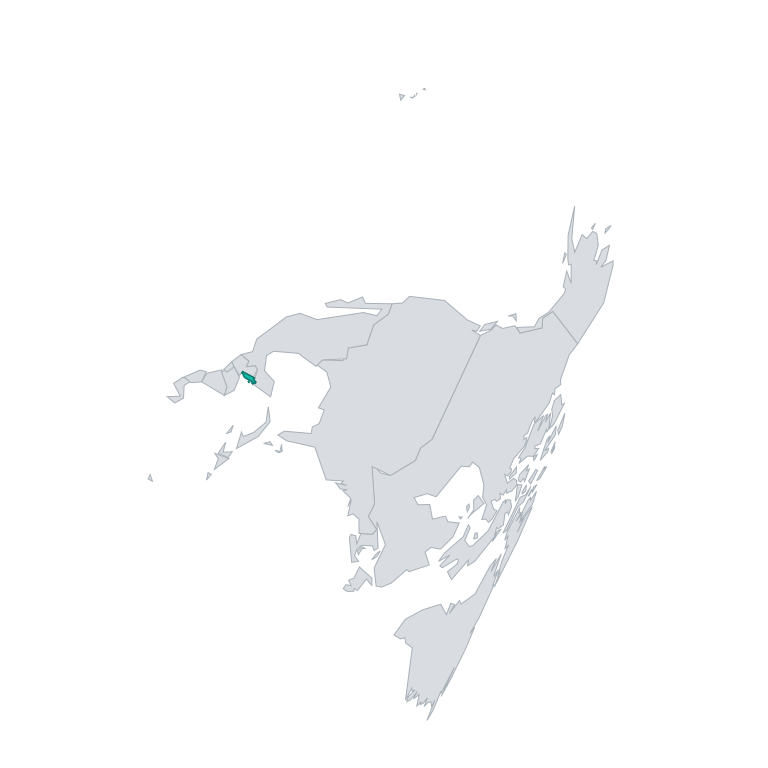 Belize highlighted on a map of North America, rotated 116°
{"feature_id": "BLZ", "entity_name": "Belize", "entity_type": "country or territory", "adm_level": 0, "iso_a3": "BLZ", "parent_name": "North America", "parent_adm1": "", "projection": "equal_earth", "projection_center": [-88.465, 17.185], "detail": "fine", "context": "in_parent", "style": "filled", "palette": "teal", "viewbox_px": 768, "rotation_deg": 116, "n_neighbors": 17, "source": "natural_earth", "source_scale": "50m", "svg_char_len": 9751}
<svg xmlns="http://www.w3.org/2000/svg" viewBox="0 0 768 768"><g transform="rotate(116 384 384)"><path d="M298.1,318.6L288.5,311.3L281.7,309.2L282.0,301.6L274.3,291.9L278.6,284.1L264.2,266.4L255.3,270.3L244.7,264.1L262.9,227.5L276.5,230.3L302.7,227.3L306.9,224.9L313.5,228.3L318.9,226.0L318.3,228.6L328.3,227.2L348.2,230.3L352.3,232.0L347.0,233.8L353.0,234.6L365.4,233.5L368.6,235.7L372.6,233.9L369.5,232.3L371.9,231.1L378.8,230.6L394.1,234.7L404.5,234.2L404.3,232.0L407.4,231.4L412.5,232.6L412.3,236.0L419.1,229.7L411.9,226.2L412.5,222.6L416.5,220.4L424.0,222.2L428.4,225.9L425.4,227.5L431.6,228.2L431.5,231.8L436.0,229.0L440.1,231.3L439.1,233.9L442.4,236.4L448.3,230.7L448.4,226.9L458.1,227.7L462.7,229.4L460.7,233.0L462.9,236.7L447.9,238.7L442.6,245.6L430.6,250.2L417.4,261.6L415.3,270.1L420.8,270.9L424.0,278.6L462.6,287.8L463.5,296.9L472.9,307.2L477.7,300.4L472.2,290.1L484.2,281.2L475.8,270.8L479.8,266.1L476.0,255.5L491.4,255.0L507.7,260.9L510.3,270.1L517.0,273.5L526.7,264.0L541.7,279.2L540.8,282.1L559.8,290.3L567.5,296.9L569.1,302.5L553.6,312.2L527.8,312.3L510.7,330.1L534.0,317.4L538.0,320.0L534.6,323.5L538.7,333.3L544.5,336.0L551.3,335.2L554.5,329.1L558.4,335.0L536.8,348.0L533.6,347.6L532.8,342.9L539.6,338.4L528.3,339.2L524.3,328.8L518.1,326.8L510.0,340.0L495.8,340.0L464.5,358.5L461.4,356.8L465.5,347.9L463.4,338.1L438.9,322.3L425.5,323.1L412.7,316.6L298.1,318.6ZM454.7,255.0L457.3,253.1L462.2,253.1L458.1,256.2L454.7,255.0ZM466.7,217.7L463.0,215.1L478.1,217.6L471.1,217.5L466.7,217.7ZM470.6,258.4L469.4,255.3L471.9,256.2L470.6,258.4ZM422.2,211.6L420.4,212.6L412.1,211.7L418.4,209.8L422.2,211.6ZM421.9,205.3L414.7,205.2L414.0,204.6L420.2,204.6L421.9,205.3ZM407.4,202.4L416.8,203.3L411.3,204.5L407.4,202.4ZM465.9,211.7L426.0,211.9L421.6,208.1L411.6,207.1L428.8,207.0L436.3,209.9L461.6,209.6L465.9,211.7ZM363.8,204.1L372.6,204.2L361.1,204.8L363.8,204.1ZM368.1,202.4L373.6,202.9L364.6,203.3L368.1,202.4ZM570.3,306.7L567.1,314.4L581.2,317.3L580.8,321.2L583.5,320.3L586.6,326.3L585.8,331.0L581.0,330.2L579.7,325.2L575.9,329.8L571.6,325.8L559.2,326.0L563.9,309.7L570.3,306.7ZM447.6,241.8L463.1,248.7L468.3,249.8L457.6,248.2L449.1,252.5L443.0,250.5L447.6,241.8ZM463.7,219.9L473.0,217.8L503.8,224.8L510.8,229.3L505.0,230.9L530.3,237.6L524.9,244.7L513.9,239.4L509.5,239.8L509.5,242.0L523.6,251.1L523.0,254.1L508.7,249.7L519.5,257.2L509.4,255.5L486.6,245.9L473.5,246.4L475.6,243.5L489.3,242.9L492.8,236.0L490.1,233.2L470.2,226.0L437.8,225.2L435.1,224.0L438.5,222.6L433.9,222.5L432.9,219.4L438.7,215.5L447.0,214.8L444.7,216.6L447.3,218.5L458.3,214.9L464.0,217.9L463.7,219.9ZM414.2,215.8L425.9,214.0L432.0,214.6L415.9,219.9L414.2,215.8ZM330.8,208.6L343.7,205.3L352.8,205.0L349.1,207.6L330.8,208.6ZM263.0,296.2L269.2,292.8L266.3,298.3L268.6,302.3L263.0,296.2ZM386.6,201.5L400.7,202.5L404.0,204.4L387.2,203.4L390.3,202.8L386.6,201.5ZM294.8,321.2L286.4,319.5L277.9,309.5L287.8,311.9L294.8,321.2ZM322.3,213.4L345.7,213.7L351.6,215.7L338.7,218.5L333.4,222.0L324.2,223.6L316.1,220.5L324.7,215.1L322.3,213.4ZM372.8,207.0L384.2,210.2L362.9,213.1L357.8,212.3L364.8,211.1L346.1,210.9L354.4,207.7L373.6,210.3L369.7,207.9L372.8,207.0ZM374.2,216.8L383.6,218.1L385.8,223.3L396.3,227.9L390.7,228.2L391.4,230.8L379.7,229.3L354.4,231.6L342.2,226.7L359.0,225.3L340.9,224.7L339.6,223.6L347.6,222.3L337.1,221.5L352.5,216.2L355.6,216.7L353.6,218.1L369.2,217.2L373.9,221.2L375.8,219.9L374.2,216.8ZM399.7,218.0L396.5,216.1L410.0,214.9L407.6,217.1L412.3,218.4L411.5,221.2L406.0,222.4L393.0,218.6L399.7,218.0ZM380.3,215.4L384.6,215.3L387.0,215.9L383.8,217.8L380.3,215.4ZM394.4,208.1L409.5,208.3L407.8,211.5L394.3,210.0L394.4,208.1ZM413.6,199.9L426.7,197.9L446.6,201.4L436.8,203.6L425.0,203.5L421.8,202.6L424.3,201.3L413.6,199.9ZM429.2,196.9L465.7,195.2L517.8,195.9L501.0,197.6L507.5,197.5L491.0,200.5L473.8,201.5L478.0,201.7L476.0,202.1L478.7,203.1L465.6,206.0L471.5,207.0L463.3,208.5L435.3,207.8L440.7,206.1L439.2,204.4L449.3,205.2L440.1,203.4L448.8,201.4L443.2,199.7L458.5,199.3L441.2,199.2L429.2,196.9ZM483.9,235.5L478.0,236.7L477.0,234.9L481.2,232.4L483.9,235.5ZM406.1,226.1L414.4,229.6L412.2,230.8L400.5,228.6L406.1,226.1ZM535.7,314.1L542.6,314.9L547.4,318.1L539.9,316.5L535.7,314.1ZM540.0,329.0L541.8,331.6L548.8,332.2L545.6,334.7L539.9,332.4L540.0,329.0Z" fill="#d9dde1" stroke="#a8b0b8" stroke-width="1"/><path d="M298.1,318.6L412.7,316.6L425.5,323.1L438.9,322.3L463.4,338.1L463.4,358.5L495.8,340.0L510.0,340.0L518.1,326.8L524.3,328.8L529.2,341.0L516.5,347.2L514.2,354.7L518.3,358.7L502.4,362.7L510.1,362.7L501.4,363.7L498.0,374.1L495.1,370.8L497.5,377.2L494.0,384.1L491.6,372.9L492.0,379.0L489.1,378.1L495.5,393.9L471.1,418.5L477.7,446.6L476.4,457.1L470.1,452.9L460.4,427.7L454.0,429.6L448.0,424.9L433.4,426.4L434.2,432.5L409.9,430.5L398.3,440.7L396.2,453.1L389.3,449.8L381.0,431.1L367.2,431.8L356.3,416.6L335.5,419.2L319.4,410.8L308.4,411.9L303.1,402.9L294.1,399.5L282.4,366.2L289.9,337.1L289.6,322.9L295.9,323.7L297.1,328.7L298.1,318.6ZM262.9,227.5L244.7,264.1L255.3,270.3L264.2,266.4L278.6,284.1L274.9,289.4L266.6,273.9L257.1,273.5L247.4,267.5L223.4,261.6L218.8,262.5L218.1,265.6L202.5,269.2L211.4,259.9L194.3,268.3L195.9,270.5L190.6,273.8L169.4,283.8L140.5,290.6L171.0,279.0L182.0,270.3L162.9,271.4L164.4,265.5L155.4,263.3L155.4,259.0L158.5,256.6L165.7,252.1L181.0,249.6L180.1,247.0L183.7,245.5L168.0,246.9L160.5,242.1L175.7,238.7L184.1,240.4L172.9,232.2L176.3,230.3L214.7,222.1L262.9,227.5ZM142.0,249.5L146.2,249.9L151.4,251.5L147.4,252.8L142.0,249.5ZM115.7,492.0L121.6,493.3L116.8,497.1L115.7,492.0ZM114.4,483.6L114.9,486.4L113.9,484.2L114.4,483.6ZM111.6,482.3L113.6,483.3L111.1,483.1L111.6,482.3ZM107.5,481.7L109.8,481.7L109.5,482.0L107.5,481.7ZM101.5,475.8L101.8,478.1L100.4,476.9L101.5,475.8ZM146.8,264.5L153.6,264.2L152.9,265.9L146.8,264.5ZM187.4,276.9L197.3,276.3L186.8,279.1L187.4,276.9Z" fill="#d9dde1" stroke="#a8b0b8" stroke-width="1"/><path d="M518.5,491.9L518.9,502.7L505.7,500.8L515.8,498.7L511.4,490.7L518.5,491.9Z" fill="#d9dde1" stroke="#a8b0b8" stroke-width="1"/><path d="M520.5,505.6L519.1,490.8L535.1,499.0L523.8,500.2L520.5,505.6Z" fill="#d9dde1" stroke="#a8b0b8" stroke-width="1"/><path d="M483.1,449.5L488.0,446.9L488.2,448.5L483.1,449.5ZM488.2,445.6L492.0,448.4L491.4,452.9L490.4,448.8L488.2,445.6ZM485.8,461.0L488.1,457.3L490.1,466.2L485.8,461.0Z" fill="#d9dde1" stroke="#a8b0b8" stroke-width="1"/><path d="M562.7,195.9L586.2,194.6L620.4,194.7L639.8,195.7L607.5,196.5L637.4,197.2L634.9,198.1L656.0,196.9L667.6,197.9L645.7,199.8L652.8,199.9L649.1,202.6L651.2,205.0L656.2,206.5L646.9,207.4L653.7,208.7L656.2,210.8L653.0,211.1L658.9,213.4L647.6,216.2L654.2,219.6L645.7,219.1L656.3,221.8L659.4,224.3L654.0,225.0L645.2,221.9L647.8,224.1L645.1,225.8L658.7,226.1L608.8,242.9L607.4,250.7L603.0,254.0L605.8,257.3L605.3,265.0L586.1,261.7L569.9,250.2L557.1,236.4L564.0,226.8L551.7,227.8L551.3,223.8L561.4,224.7L545.5,221.2L548.1,218.3L532.7,210.1L501.1,208.8L491.6,206.5L505.8,205.6L485.3,204.1L507.9,201.3L508.8,200.6L500.5,199.9L517.3,197.8L515.8,197.1L552.1,196.1L570.2,197.3L562.7,195.9Z" fill="#d9dde1" stroke="#a8b0b8" stroke-width="1"/><path d="M308.4,411.9L319.4,410.8L335.5,419.2L356.3,416.6L367.2,431.8L377.8,428.7L389.3,449.8L398.0,452.9L394.0,474.5L403.0,497.6L410.0,502.0L424.5,497.3L429.9,483.7L445.3,480.3L441.6,501.3L426.4,504.1L424.2,507.8L428.9,515.4L422.7,515.5L420.3,525.4L412.5,516.3L399.5,518.1L366.5,501.1L357.3,490.5L355.5,472.4L328.8,433.8L325.7,420.2L317.7,418.8L339.7,468.7L337.4,472.1L327.2,460.0L327.1,452.0L315.1,441.4L319.7,436.2L308.4,411.9Z" fill="#d9dde1" stroke="#a8b0b8" stroke-width="1"/><path d="M492.8,563.8L490.4,573.3L484.2,561.7L475.6,573.4L466.0,567.7L465.6,558.5L472.9,563.0L484.6,558.0L492.8,563.8Z" fill="#d9dde1" stroke="#a8b0b8" stroke-width="1"/><path d="M467.4,557.9L465.4,566.7L452.2,555.5L450.8,549.2L462.0,548.9L467.4,557.9Z" fill="#d9dde1" stroke="#a8b0b8" stroke-width="1"/><path d="M462.0,548.9L452.0,547.9L442.4,536.0L455.7,523.7L464.3,522.4L462.0,548.9Z" fill="#d9dde1" stroke="#a8b0b8" stroke-width="1"/><path d="M464.3,522.4L455.7,523.7L444.1,535.5L434.3,526.1L441.3,516.8L455.3,515.9L464.3,522.4Z" fill="#d9dde1" stroke="#a8b0b8" stroke-width="1"/><path d="M434.3,526.1L442.1,530.3L441.3,534.4L430.6,530.6L434.3,526.1Z" fill="#d9dde1" stroke="#a8b0b8" stroke-width="1"/><path d="M420.3,525.4L422.7,515.5L428.9,515.4L424.2,507.8L426.4,504.1L435.3,504.2L434.9,516.6L439.7,517.7L434.3,526.1L430.6,530.6L420.3,525.4Z" fill="#d9dde1" stroke="#a8b0b8" stroke-width="1"/><path d="M540.9,499.6L548.2,501.5L540.7,503.3L540.9,499.6Z" fill="#d9dde1" stroke="#a8b0b8" stroke-width="1"/><path d="M487.1,501.5L494.0,500.4L497.4,503.7L487.1,501.5Z" fill="#d9dde1" stroke="#a8b0b8" stroke-width="1"/><path d="M467.8,469.8L486.4,474.1L506.7,488.3L489.7,491.0L492.8,487.5L484.8,479.9L470.1,473.3L455.1,478.0L467.8,469.8Z" fill="#d9dde1" stroke="#a8b0b8" stroke-width="1"/><path d="M567.9,554.5L572.9,549.5L572.8,554.3L567.9,554.5Z" fill="#d9dde1" stroke="#a8b0b8" stroke-width="1"/><path d="M435.2,504.2L435.2,503.6L435.3,503.2L435.7,503.0L436.3,503.4L436.5,503.5L436.7,503.4L436.9,503.2L437.2,502.5L438.0,501.1L438.3,500.1L438.6,499.9L439.0,499.9L439.4,499.9L439.1,500.7L439.4,500.7L439.6,500.7L440.2,500.7L440.4,501.5L440.3,502.2L439.8,504.0L439.7,504.6L439.5,505.5L439.8,506.1L439.5,506.9L439.4,507.4L439.4,508.2L439.5,509.7L439.3,511.8L438.8,512.7L438.6,513.1L438.1,514.0L437.4,514.3L436.6,515.8L436.4,516.2L436.5,516.6L436.3,516.6L435.4,516.5L434.8,516.6L434.9,515.0L435.0,512.5L435.0,510.7L435.1,508.9L435.1,507.5L435.2,505.7L435.2,504.2ZM441.0,503.4L440.8,503.6L441.0,503.2L441.3,502.0L441.5,502.0L441.0,503.4ZM441.5,506.7L441.1,507.6L441.1,507.3L441.3,506.7L441.5,506.4L441.6,506.2L441.6,505.9L441.8,506.0L441.8,506.3L441.5,506.7Z" fill="#14b8a6" stroke="#0f766e" stroke-width="1.5"/></g></svg>